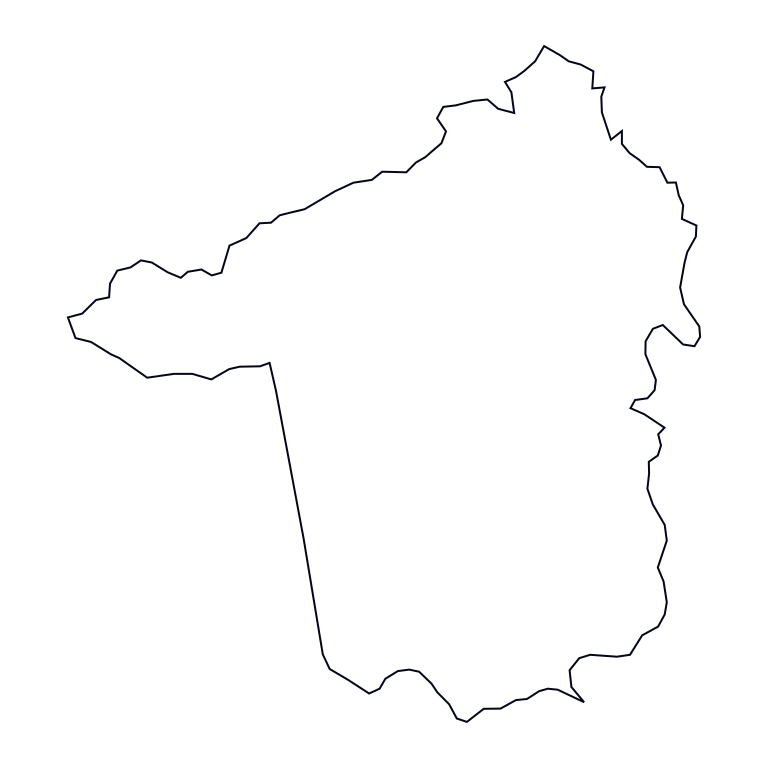 the district of Santana do Itararé, Paraná, Brazil
{"feature_id": "56859067B73123579493157", "entity_name": "Santana do Itararé", "entity_type": "district", "adm_level": 2, "iso_a3": "BRA", "parent_name": "Brazil", "parent_adm1": "Paraná", "projection": "natural_earth1", "projection_center": [-49.628, -23.749], "detail": "fine", "context": "isolated", "style": "outline", "palette": "ink", "viewbox_px": 768, "rotation_deg": 0, "n_neighbors": 0, "source": "geoboundaries", "source_scale": "gbopen_adm2", "svg_char_len": 1847}
<svg xmlns="http://www.w3.org/2000/svg" viewBox="0 0 768 768"><path d="M544.1,46.1L535.1,61.3L524.1,71.1L516.0,77.0L505.0,81.9L511.4,92.3L514.2,113.0L498.2,108.8L487.4,99.5L473.3,100.9L455.6,105.4L443.3,106.9L437.0,118.3L446.0,131.4L441.4,143.3L432.9,150.5L425.4,157.1L416.1,162.4L406.3,172.3L382.2,171.7L371.8,179.9L353.4,182.7L335.1,191.2L304.6,209.2L288.7,213.0L279.7,215.3L271.0,222.7L259.5,223.3L246.4,238.0L229.5,245.6L221.4,272.7L211.8,275.4L201.4,269.5L187.8,271.8L180.8,277.8L167.7,272.3L151.8,262.5L141.0,260.4L130.5,267.4L117.3,270.6L110.0,283.7L109.1,297.3L96.0,300.0L82.2,313.6L67.9,317.4L75.5,338.1L91.1,342.0L111.1,354.4L119.2,358.0L147.2,377.7L173.6,373.9L192.4,373.9L211.3,379.4L229.2,369.1L239.7,366.7L260.0,366.3L269.6,362.9L276.0,390.9L303.6,538.5L322.8,654.4L329.7,669.0L348.3,680.0L369.1,693.5L379.6,688.7L385.4,678.7L397.8,671.1L409.2,669.6L419.1,671.7L431.5,683.6L437.3,692.3L449.2,704.3L456.8,718.5L466.9,721.9L483.7,708.8L500.5,708.6L515.9,700.1L526.9,699.0L539.1,691.2L547.8,688.7L557.7,689.7L584.1,702.2L571.4,687.0L569.6,670.2L579.2,658.2L590.1,654.8L616.9,656.7L630.0,654.8L642.2,635.3L658.1,626.6L664.7,614.5L666.8,602.3L663.6,581.5L657.8,567.5L666.8,540.6L664.7,524.9L652.8,504.4L647.4,488.7L649.1,473.5L648.8,461.8L657.8,455.5L661.0,445.5L658.2,434.3L664.5,427.7L653.7,420.5L644.2,414.2L630.5,408.2L635.1,400.0L647.4,398.3L654.6,390.2L655.9,379.9L645.4,354.2L645.6,341.3L652.9,328.8L662.8,325.0L683.1,344.5L694.5,346.2L700.1,336.9L699.3,326.5L684.0,304.3L680.1,287.5L684.6,262.5L687.2,252.2L695.9,236.5L696.4,225.5L681.9,218.9L683.2,205.3L678.7,195.2L675.9,182.5L667.4,182.7L659.6,167.2L646.9,166.8L639.1,159.8L629.7,153.2L621.9,143.9L621.9,131.0L610.9,139.7L601.9,112.4L601.3,96.7L604.5,87.4L592.3,88.4L593.4,71.3L580.6,64.5L568.7,61.3L559.7,55.0L544.1,46.1Z" fill="none" stroke="#020617" stroke-width="2"/></svg>